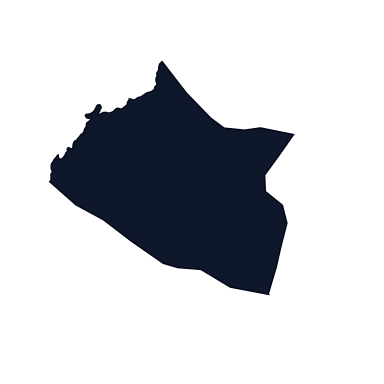 the district of Safaga, Al Bahr al Ahmar, Egypt, rotated 239°
{"feature_id": "37247803B18851026884182", "entity_name": "Safaga", "entity_type": "district", "adm_level": 2, "iso_a3": "EGY", "parent_name": "Egypt", "parent_adm1": "Al Bahr al Ahmar", "projection": "equal_earth", "projection_center": [33.857, 26.735], "detail": "fine", "context": "isolated", "style": "filled", "palette": "ink", "viewbox_px": 384, "rotation_deg": 239, "n_neighbors": 0, "source": "geoboundaries", "source_scale": "gbopen_adm2", "svg_char_len": 2261}
<svg xmlns="http://www.w3.org/2000/svg" viewBox="0 0 384 384"><g transform="rotate(239 192 192)"><path d="M64.9,204.9L65.4,204.9L84.1,225.3L99.8,240.4L116.5,257.3L133.8,262.5L134.0,262.6L154.4,255.2L154.7,255.1L169.2,263.0L177.6,283.0L188.9,308.6L211.7,283.6L217.9,268.9L230.2,252.4L245.5,246.1L279.9,238.1L319.1,233.5L318.9,232.5L318.4,230.3L317.8,229.6L316.3,228.0L314.8,227.0L313.5,226.1L312.8,224.8L312.1,223.2L311.3,222.7L310.5,222.5L309.7,222.3L308.5,220.4L306.8,218.9L305.5,218.3L303.2,217.8L302.3,217.6L301.8,217.0L301.3,214.7L300.7,213.9L299.1,212.5L299.1,210.7L299.0,208.7L299.5,206.8L300.2,204.3L299.9,198.7L299.8,197.5L299.8,196.8L300.7,194.8L300.5,191.0L301.2,188.8L302.4,188.1L302.9,187.4L303.1,187.1L304.2,186.3L303.5,185.7L302.8,184.7L302.4,183.4L301.9,182.8L300.7,181.9L300.0,180.8L299.7,178.0L299.4,175.9L299.4,174.4L300.1,173.1L300.7,172.8L301.3,172.3L302.3,170.9L302.4,170.4L302.1,168.7L301.9,167.4L301.4,166.1L301.6,164.2L302.1,162.5L302.8,160.5L303.4,160.3L303.9,159.9L304.3,159.5L304.8,158.8L305.3,157.9L305.9,156.6L305.9,154.7L305.8,152.9L306.3,152.0L307.4,152.0L308.3,153.3L309.0,154.7L309.7,155.0L310.2,155.3L310.6,157.1L311.8,157.9L313.6,158.0L314.4,157.7L315.0,156.3L314.9,154.7L314.2,153.8L313.2,152.3L312.3,150.8L311.6,149.2L311.5,147.8L311.4,145.0L312.2,142.9L313.0,141.4L312.7,140.2L312.1,139.8L310.9,139.8L309.2,140.4L308.3,141.7L307.7,143.5L306.8,144.0L306.3,143.1L306.0,141.6L305.5,139.9L305.4,137.6L304.4,136.4L303.0,135.4L302.2,134.5L301.3,132.6L300.5,131.6L299.6,130.7L298.8,129.4L298.4,127.8L298.4,126.4L297.8,124.9L297.5,124.6L296.4,120.8L295.4,120.1L295.7,119.1L296.0,118.2L295.9,117.5L295.0,115.8L294.2,115.0L293.0,113.9L290.8,112.4L290.6,111.7L291.4,110.2L292.4,109.8L293.5,109.3L293.6,108.0L293.0,107.0L292.1,107.2L291.2,106.3L290.6,104.5L289.9,103.5L288.8,101.9L287.8,99.5L287.4,97.0L288.0,95.8L288.8,95.3L290.2,95.3L291.6,95.9L292.7,96.3L292.7,95.6L292.4,94.9L291.8,94.2L291.0,91.1L290.3,89.8L289.9,89.7L289.5,88.3L288.7,86.8L288.0,85.6L285.2,83.7L283.4,83.1L281.6,83.0L281.1,82.7L280.5,81.8L280.2,80.8L279.0,79.7L278.1,79.4L275.7,77.9L274.4,76.6L274.1,75.4L240.8,85.9L213.9,101.8L181.0,114.8L145.6,130.7L134.6,140.9L121.1,159.8L90.7,175.9L64.9,204.9Z" fill="#0f172a" stroke="#020617" stroke-width="1.5"/></g></svg>